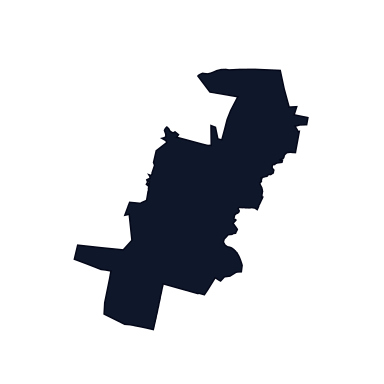 the district of Yajalón, Chiapas, Mexico, rotated 147°
{"feature_id": "50627088B12149275073321", "entity_name": "Yajalón", "entity_type": "district", "adm_level": 2, "iso_a3": "MEX", "parent_name": "Mexico", "parent_adm1": "Chiapas", "projection": "orthographic", "projection_center": [-92.339, 17.178], "detail": "fine", "context": "isolated", "style": "filled", "palette": "ink", "viewbox_px": 384, "rotation_deg": 147, "n_neighbors": 0, "source": "geoboundaries", "source_scale": "gbopen_adm2", "svg_char_len": 5830}
<svg xmlns="http://www.w3.org/2000/svg" viewBox="0 0 384 384"><g transform="rotate(147 192 192)"><path d="M332.2,137.5L326.5,127.9L320.5,117.7L316.3,114.5L314.7,113.0L314.0,112.4L312.8,111.1L307.7,106.2L305.8,104.3L305.6,104.1L304.7,103.2L301.7,100.1L301.1,99.5L299.4,97.7L298.7,98.4L296.8,100.2L296.3,100.8L293.3,103.6L292.6,104.4L290.9,105.9L289.0,108.0L288.4,108.5L287.8,109.0L286.1,110.7L284.2,112.7L283.0,113.8L281.7,115.1L280.9,116.0L279.2,117.7L277.0,119.8L276.0,121.0L275.5,121.5L275.3,121.8L274.8,122.2L274.4,122.6L273.1,123.8L269.2,127.8L268.1,128.8L267.1,129.8L266.7,130.3L266.2,130.7L242.4,103.6L241.2,103.2L237.6,99.1L232.4,101.3L219.2,107.5L217.3,103.2L216.5,101.8L211.0,103.2L206.0,100.8L198.9,100.7L197.5,100.2L195.9,99.3L194.1,98.2L189.9,103.2L189.5,104.5L188.8,107.1L188.3,109.2L187.7,112.6L187.7,113.0L187.6,113.8L187.6,114.6L187.5,115.9L187.4,116.6L187.6,117.2L187.8,117.8L187.8,119.0L188.2,119.9L188.2,120.7L189.1,123.1L189.4,123.7L189.8,124.3L190.7,125.4L192.1,126.7L193.2,129.4L193.0,132.9L190.7,135.0L188.5,135.5L187.0,135.9L184.9,136.5L181.6,134.7L180.1,134.7L177.9,133.7L176.9,134.4L176.4,134.7L175.9,135.0L175.3,135.3L175.1,135.4L174.6,135.8L174.3,136.0L174.4,139.2L174.5,140.5L174.5,141.6L174.7,142.5L174.7,143.2L174.3,143.4L173.9,143.5L173.7,143.6L173.3,143.7L173.1,143.8L172.9,143.9L172.6,144.0L172.1,144.1L171.6,144.1L171.2,144.3L170.9,144.4L170.7,144.4L170.7,144.5L170.4,144.9L170.5,145.2L170.7,145.3L171.1,145.7L171.4,145.9L171.4,146.0L171.4,146.5L171.5,146.9L171.4,147.0L171.1,147.3L170.9,147.6L170.6,147.6L170.5,147.8L170.4,147.9L170.0,148.2L169.2,149.1L168.9,149.4L168.8,149.6L168.5,149.6L168.0,149.5L167.4,149.5L167.1,149.9L166.9,150.1L166.6,150.0L166.1,150.0L165.9,149.9L165.6,149.8L165.6,149.5L165.2,149.4L164.7,149.5L164.3,149.6L163.9,149.6L163.5,149.8L163.2,150.0L162.7,150.4L162.6,150.6L162.6,150.9L162.6,151.2L162.6,151.6L162.5,152.1L162.5,152.6L162.4,152.9L162.0,153.1L161.9,153.2L161.4,153.3L161.2,153.3L160.8,153.3L160.6,153.2L157.9,151.2L157.5,151.0L156.9,150.8L156.7,150.5L156.3,150.2L155.8,149.7L155.6,149.5L155.2,149.3L153.3,148.0L153.1,147.8L152.7,147.7L152.4,147.4L152.1,147.1L151.3,146.9L150.8,146.7L150.5,146.4L150.0,146.2L149.4,145.4L148.9,145.1L148.6,144.8L148.1,144.4L147.6,143.4L146.9,141.7L144.1,143.5L144.2,143.8L143.8,144.1L142.3,144.9L141.4,145.4L140.4,146.0L140.1,146.2L139.6,146.5L139.1,146.9L137.2,148.0L136.4,148.5L135.4,149.2L136.0,149.9L136.2,150.0L135.5,150.6L134.9,151.5L134.4,152.2L133.8,152.7L133.6,153.0L133.3,153.3L132.6,154.0L132.4,154.2L132.3,154.9L132.0,155.3L131.7,156.1L131.5,156.7L131.2,157.4L130.8,161.2L130.7,161.5L130.5,161.9L130.4,162.2L130.2,162.4L130.1,162.6L129.8,162.7L129.6,162.8L129.3,162.8L128.8,162.8L128.5,162.9L128.2,163.1L127.9,163.2L127.6,163.9L127.3,164.4L126.3,165.1L126.7,165.6L126.5,166.2L125.5,165.7L125.2,165.9L124.9,166.0L124.6,165.9L124.2,165.7L123.8,165.5L122.7,165.2L122.4,165.1L122.0,165.0L121.2,164.6L120.7,164.4L120.4,164.4L120.1,164.4L119.7,164.5L119.3,164.7L119.0,164.9L118.6,165.1L118.3,165.0L117.8,164.8L117.3,164.3L116.6,163.8L115.9,163.7L115.4,163.8L114.9,163.8L114.3,163.7L114.1,163.6L113.5,163.8L113.1,164.2L112.8,164.4L112.7,164.6L112.5,164.8L112.4,165.1L112.1,165.2L111.8,165.4L111.6,165.6L111.4,166.0L111.4,166.5L111.6,166.8L111.6,167.0L111.6,167.4L111.7,167.6L111.7,168.0L111.7,168.4L111.5,169.0L111.4,169.1L111.2,169.2L111.1,169.4L110.9,169.7L110.9,169.8L110.7,170.0L110.4,170.3L110.1,170.4L109.8,170.6L109.5,170.7L109.2,170.9L108.8,170.8L108.2,170.3L108.1,170.2L107.9,170.1L107.6,170.0L106.8,170.3L106.5,170.3L106.3,170.3L106.0,170.3L105.8,170.3L105.6,170.1L105.1,170.1L103.5,169.4L102.3,168.8L101.7,168.5L100.4,167.9L99.6,168.6L98.9,169.3L100.1,169.8L100.4,170.4L101.6,171.0L100.9,171.0L99.2,170.9L98.2,170.8L97.2,170.6L96.7,170.7L96.6,170.8L96.1,171.1L95.9,171.2L95.7,171.4L95.6,171.5L95.3,171.8L95.2,172.1L94.7,172.5L94.4,172.6L94.1,172.7L93.8,172.8L93.2,173.0L92.6,173.1L92.3,173.1L91.8,173.3L91.0,173.3L89.7,172.7L87.9,171.8L85.9,170.2L83.8,168.7L82.9,169.7L73.8,179.3L69.0,184.4L70.0,184.7L69.9,187.2L69.8,191.1L66.7,190.0L65.0,189.5L62.9,188.2L60.5,186.8L59.2,186.0L54.3,191.2L64.3,201.1L57.7,206.5L64.3,210.3L58.5,228.4L51.8,245.9L72.7,260.8L85.7,269.1L94.5,274.2L96.9,276.4L100.9,278.8L105.2,280.3L108.5,280.8L111.4,281.4L114.5,282.5L116.9,284.4L118.5,285.8L120.9,286.2L123.0,286.3L123.6,286.2L123.9,286.0L122.5,266.1L101.7,246.9L115.1,239.3L123.0,233.7L130.8,226.5L138.6,219.5L141.4,222.4L137.1,233.5L139.9,237.4L150.5,220.6L151.9,221.6L152.8,222.0L154.0,223.0L158.0,227.3L163.3,233.2L169.1,239.7L175.1,246.3L172.1,247.4L173.5,251.7L175.0,251.7L175.7,252.1L176.5,253.0L176.7,253.7L177.1,254.5L177.3,255.3L177.3,256.0L177.1,257.6L177.1,257.8L177.7,260.2L178.5,260.1L179.1,259.9L179.6,259.7L180.0,259.6L180.4,259.4L180.7,259.2L180.9,259.1L181.6,258.6L182.4,255.0L183.8,252.6L184.8,252.6L186.2,252.8L186.9,253.0L188.0,253.4L185.9,249.3L186.2,247.2L199.5,246.1L208.2,237.7L208.8,234.8L215.3,229.6L215.3,228.8L217.4,228.2L218.8,230.0L218.8,228.2L219.7,226.3L220.7,226.5L223.1,226.9L223.1,226.6L223.3,226.5L223.5,226.3L223.6,225.9L223.6,225.6L223.3,225.4L223.1,225.3L223.0,225.1L222.9,224.9L222.7,224.8L222.5,224.7L222.3,224.5L222.2,223.5L223.6,222.7L224.3,224.2L226.1,223.3L225.5,221.3L223.3,222.2L225.4,220.0L225.5,219.7L226.0,219.3L226.2,219.2L226.3,219.1L226.4,218.9L226.6,218.7L226.8,218.4L226.9,218.1L227.1,217.8L227.2,217.6L227.4,217.4L227.6,217.0L228.4,215.7L228.7,216.2L232.6,211.9L233.3,211.2L233.7,210.7L234.0,210.5L234.1,210.3L234.9,209.7L236.6,210.0L239.6,210.5L241.5,210.6L247.5,215.4L249.9,217.3L253.4,214.8L253.6,214.6L255.2,213.4L261.0,209.1L256.8,207.5L268.7,184.2L281.2,180.9L298.2,194.5L316.8,209.7L327.3,199.7L325.7,197.6L320.1,190.0L314.4,182.1L310.5,176.6L307.0,173.7L303.0,169.9L308.1,164.4L325.5,146.7L332.2,137.5Z" fill="#0f172a" stroke="#020617" stroke-width="1.5"/></g></svg>